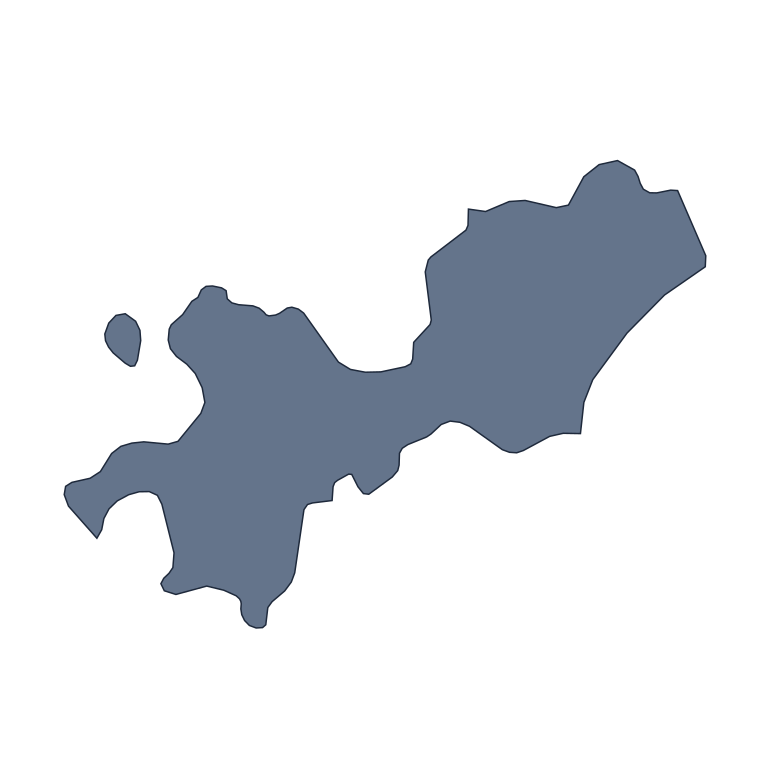 outline of Caltanissetta, rotated 281°
{"feature_id": "ITA-5416", "entity_name": "Caltanissetta", "entity_type": "Province", "adm_level": 1, "iso_a3": "ITA", "parent_name": "Italy", "parent_adm1": "", "projection": "mercator", "projection_center": [14.011, 37.367], "detail": "fine", "context": "isolated", "style": "filled", "palette": "slate", "viewbox_px": 768, "rotation_deg": 281, "n_neighbors": 0, "source": "natural_earth", "source_scale": "10m", "svg_char_len": 2136}
<svg xmlns="http://www.w3.org/2000/svg" viewBox="0 0 768 768"><g transform="rotate(281 384 384)"><path d="M560.4,677.0L524.9,642.4L480.3,612.8L428.1,588.1L404.1,583.7L372.8,586.3L369.8,569.3L364.2,556.6L345.3,533.5L341.8,527.4L340.9,520.2L342.1,512.7L358.8,476.0L360.9,465.8L360.2,456.0L355.2,447.9L343.9,439.7L340.2,436.0L329.1,419.0L324.4,414.2L319.0,412.4L307.2,414.3L301.6,414.0L294.3,409.9L272.9,390.1L272.5,384.7L278.1,378.1L289.1,369.6L288.8,366.5L280.6,356.8L277.8,354.4L273.5,353.6L259.7,355.3L253.6,336.5L251.1,331.9L245.4,329.4L181.6,332.4L171.9,330.8L161.9,326.0L149.0,315.7L142.4,312.6L125.1,313.9L121.7,311.3L120.1,305.0L121.3,297.9L125.2,292.3L130.4,288.4L135.9,286.4L141.0,285.8L143.4,284.9L145.6,283.1L147.9,279.3L151.0,266.1L151.8,248.5L137.7,219.9L139.1,207.8L145.4,203.1L151.3,204.9L157.2,209.1L163.5,211.8L178.2,210.1L223.6,188.9L231.5,182.8L233.6,174.1L231.5,164.2L226.6,154.5L218.4,144.5L209.0,137.9L198.5,134.7L187.1,134.7L177.8,131.6L203.9,97.6L214.4,91.2L222.8,91.0L227.9,96.4L235.4,113.5L243.9,122.3L263.8,129.9L272.6,137.6L277.9,147.8L281.4,159.3L283.8,183.6L288.4,192.7L320.2,209.8L331.7,211.7L345.7,206.2L358.3,196.7L365.8,186.7L371.5,175.0L377.9,167.6L386.0,163.8L396.9,162.7L401.6,163.9L413.7,173.1L428.5,179.6L433.5,184.8L441.5,186.7L445.9,190.7L447.5,197.0L447.4,206.2L445.5,211.2L437.7,213.9L434.6,219.2L434.1,226.2L435.7,240.4L434.6,247.0L431.6,252.4L429.4,255.1L428.9,258.1L431.0,264.4L433.5,268.0L440.1,274.5L441.8,278.9L441.2,285.6L438.3,291.6L396.8,335.1L391.9,348.3L392.0,363.4L395.3,378.6L405.0,401.5L408.9,406.4L413.9,407.4L430.6,405.2L451.2,417.9L455.8,418.2L501.9,403.1L514.1,403.8L517.7,405.8L550.7,435.1L555.7,436.2L571.8,433.5L572.7,450.8L587.0,472.1L591.1,487.5L590.0,519.5L594.8,530.9L625.6,540.6L640.4,553.3L647.9,570.6L641.8,589.2L636.2,593.8L629.9,597.2L624.7,601.4L622.4,608.3L623.6,615.2L629.0,628.4L629.9,635.3L571.3,675.4L560.4,677.0ZM379.8,100.4L391.3,102.2L400.2,107.8L403.6,116.6L398.2,128.2L390.1,134.2L380.2,136.9L360.3,137.4L354.3,135.8L353.0,131.7L355.1,125.9L362.8,112.3L367.7,106.6L373.3,102.4L379.8,100.4Z" fill="#64748b" stroke="#1e293b" stroke-width="1.5"/></g></svg>